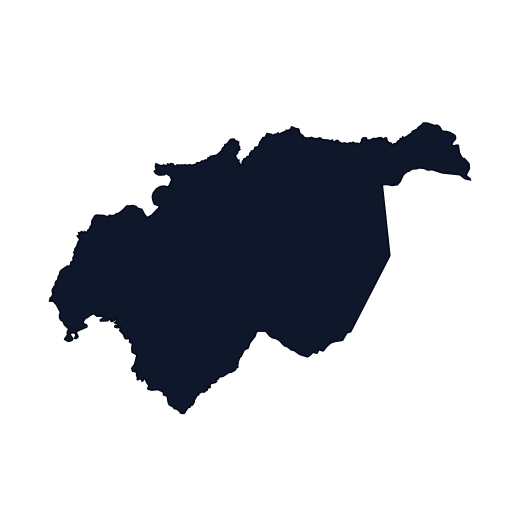 La Plata, Huila, Colombia (orthographic projection), rotated 194°
{"feature_id": "7082276B59987699383018", "entity_name": "La Plata", "entity_type": "district", "adm_level": 2, "iso_a3": "COL", "parent_name": "Colombia", "parent_adm1": "Huila", "projection": "orthographic", "projection_center": [-75.962, 2.328], "detail": "fine", "context": "isolated", "style": "filled", "palette": "ink", "viewbox_px": 512, "rotation_deg": 194, "n_neighbors": 0, "source": "geoboundaries", "source_scale": "gbopen_adm2", "svg_char_len": 6119}
<svg xmlns="http://www.w3.org/2000/svg" viewBox="0 0 512 512"><g transform="rotate(194 256 256)"><path d="M375.4,321.3L375.3,318.5L373.6,315.5L375.2,313.5L373.3,311.9L370.5,311.1L368.7,311.3L364.4,312.7L363.4,314.4L358.6,312.8L356.3,309.7L357.1,303.8L358.2,301.7L362.5,301.6L365.8,300.1L368.8,297.1L370.9,292.6L371.0,288.8L369.9,285.8L368.0,282.7L366.8,281.6L363.6,281.4L361.3,280.4L367.2,270.2L371.0,266.9L374.3,269.4L378.0,273.6L382.6,273.8L384.4,275.1L387.7,275.2L391.5,273.7L393.2,273.6L396.7,267.8L399.6,264.2L401.6,263.3L403.5,261.0L405.9,260.2L408.0,260.2L409.4,258.1L413.5,258.5L420.7,257.1L422.0,256.1L423.7,250.8L423.0,245.6L424.0,244.4L424.1,241.9L425.3,240.4L425.5,238.7L426.5,237.8L428.6,238.2L428.9,236.2L429.5,236.1L430.5,237.4L431.2,237.5L432.6,235.7L433.7,235.7L432.4,233.7L434.3,232.2L431.4,229.9L431.0,228.3L431.9,227.2L432.3,221.9L433.5,218.9L433.0,217.0L433.7,215.5L432.3,213.3L433.2,209.7L432.1,207.2L434.1,205.3L433.8,203.1L434.2,201.1L436.7,200.6L441.5,195.1L442.3,193.3L442.1,190.6L442.9,188.3L442.6,184.9L444.0,182.9L444.2,180.5L443.3,178.6L444.7,177.5L444.6,176.6L445.5,174.4L445.0,171.9L444.0,170.5L444.0,168.7L444.4,166.9L445.6,165.4L445.4,162.3L441.9,163.1L438.3,160.8L432.8,154.9L432.2,153.6L432.4,151.2L431.6,148.3L429.8,146.6L427.4,145.8L425.3,142.9L420.8,140.4L420.0,139.2L420.8,136.7L419.9,134.0L420.8,131.2L420.6,130.4L421.5,129.9L421.5,128.8L417.7,127.7L414.3,129.3L413.7,131.3L417.5,135.0L417.2,136.2L414.9,137.4L412.8,137.1L411.5,135.8L412.1,132.2L410.4,132.5L409.3,134.0L409.3,135.1L411.5,137.6L411.7,139.5L403.0,146.2L403.0,147.2L403.7,148.1L407.3,148.7L407.7,150.7L406.5,154.3L404.6,155.6L401.9,159.0L399.3,160.8L395.9,159.1L389.6,160.7L389.1,160.0L389.3,159.2L391.7,156.1L391.0,155.3L384.4,157.2L382.9,159.3L381.6,158.7L380.7,157.5L379.8,157.6L377.8,159.5L377.3,161.6L376.8,161.8L375.7,160.0L375.7,159.1L377.0,157.1L373.5,156.5L372.6,155.5L373.2,154.8L375.4,154.8L376.1,153.8L375.7,152.9L374.0,152.8L369.9,153.8L370.2,150.7L365.5,147.8L363.8,145.0L362.2,144.1L359.1,145.3L358.4,144.6L357.8,141.8L354.8,141.3L354.1,135.9L352.9,132.7L348.6,131.5L347.6,130.8L347.6,121.4L349.4,117.1L348.0,114.4L344.8,114.5L343.3,113.7L343.2,111.7L341.4,108.9L341.4,107.4L340.6,107.3L339.4,108.7L337.9,108.9L336.2,106.9L335.4,108.0L334.9,110.1L334.2,110.3L331.1,106.5L328.5,104.3L329.0,101.4L328.6,100.7L324.7,100.6L318.8,102.7L313.7,101.7L312.8,101.0L312.2,98.9L308.2,98.5L305.7,92.5L304.1,90.6L302.4,90.1L301.8,90.4L300.6,89.5L298.6,89.8L298.9,88.6L298.2,88.1L295.9,88.4L294.8,87.7L294.0,88.1L293.4,87.1L292.4,87.0L291.5,85.5L290.0,85.3L287.7,85.9L287.9,86.5L286.9,87.2L287.3,88.2L285.9,90.0L286.0,91.2L284.8,92.9L283.6,93.3L283.6,94.3L282.5,95.8L281.6,96.0L280.6,99.5L281.0,100.8L279.9,104.9L280.0,106.4L278.9,106.5L277.9,108.1L278.3,109.8L276.9,109.9L275.9,110.9L273.1,111.5L272.8,112.4L270.9,114.1L271.1,115.6L270.5,116.7L269.1,117.0L268.6,117.8L269.8,118.8L269.1,119.7L269.2,121.2L265.2,123.2L263.8,124.6L264.7,126.1L263.0,127.5L262.5,129.6L258.7,131.4L254.3,136.3L251.8,137.3L248.7,140.2L248.0,142.7L246.7,143.8L247.7,146.4L247.3,147.4L247.8,148.7L247.3,153.5L246.1,155.1L244.7,162.1L241.4,164.6L240.9,170.3L237.5,177.9L237.3,181.6L236.4,183.5L228.4,185.4L223.3,181.7L220.3,180.7L216.6,180.7L212.8,179.7L207.0,175.8L203.3,175.5L199.1,173.4L196.2,173.6L189.6,171.0L181.5,170.6L179.3,173.1L177.6,176.3L173.3,176.4L172.3,180.5L168.6,180.0L167.6,180.4L165.9,184.6L162.5,189.7L159.0,192.0L151.6,195.2L149.4,202.8L148.7,203.8L145.8,205.4L126.2,288.7L150.7,355.7L146.3,357.1L140.8,357.4L136.1,359.4L134.1,363.1L132.8,370.1L132.0,371.5L129.5,374.7L127.8,375.4L127.2,376.6L124.8,378.5L121.2,379.5L119.2,380.9L114.0,381.7L110.2,380.9L106.1,382.4L95.1,381.7L77.8,384.2L72.0,381.5L66.4,381.7L67.0,382.8L70.2,384.2L71.7,385.4L70.1,392.4L71.5,396.8L77.3,401.0L79.1,400.6L82.0,403.4L83.7,405.6L86.5,412.3L88.3,412.1L90.7,410.6L91.6,410.6L93.1,411.6L92.7,413.9L90.8,417.7L91.1,419.6L92.1,421.1L97.4,422.8L101.1,422.9L105.5,422.2L109.1,425.8L111.2,426.7L112.7,426.6L113.5,425.8L122.0,426.4L125.9,425.5L126.7,423.6L130.0,419.5L130.0,418.3L134.5,414.6L134.7,412.8L135.7,412.0L136.0,410.6L137.2,410.4L138.6,408.3L140.9,406.6L142.6,407.0L142.5,404.4L143.6,405.1L144.5,404.9L144.3,402.9L145.9,402.2L147.4,398.8L149.3,398.3L150.1,396.4L150.9,396.4L151.8,398.0L152.9,398.3L154.8,397.9L155.6,398.9L157.1,399.0L156.8,400.2L157.6,400.8L157.7,401.9L158.8,402.1L160.8,400.2L163.1,401.1L165.1,400.6L168.1,398.8L170.4,398.6L173.5,395.9L177.2,395.5L177.3,397.1L177.9,397.3L180.7,396.5L181.6,394.7L181.4,392.5L182.1,390.6L182.9,389.7L185.3,390.0L186.3,388.9L188.1,389.7L189.8,389.7L190.6,388.5L192.3,388.6L194.3,387.0L197.4,387.2L199.5,386.1L202.2,386.4L204.9,388.0L206.3,387.2L207.7,385.0L210.1,387.0L212.1,385.4L214.1,386.0L218.9,385.0L220.7,385.3L221.5,386.0L222.9,386.0L224.9,384.7L227.4,384.1L230.8,384.5L234.2,382.9L236.7,382.6L237.6,382.5L239.8,384.2L242.9,385.4L245.3,389.5L248.7,389.3L252.3,390.0L253.0,389.4L252.5,387.9L254.2,386.7L254.1,385.6L257.1,385.4L257.2,384.4L261.6,381.1L262.1,379.6L264.4,380.8L265.0,379.6L267.9,378.2L268.6,376.4L270.2,377.8L275.0,377.5L275.8,373.3L278.0,372.5L277.9,371.3L278.9,370.4L278.7,369.2L279.9,367.3L279.5,366.5L280.1,363.9L279.8,362.9L283.3,361.1L283.3,358.9L284.5,357.1L286.0,356.7L285.8,355.5L286.9,354.0L286.3,351.7L288.7,350.2L289.3,348.1L291.0,347.6L292.2,343.6L291.2,342.8L293.2,339.9L294.5,342.4L296.0,343.1L295.6,344.8L297.3,344.8L300.4,348.2L298.7,351.8L299.2,353.2L297.4,355.4L298.5,356.0L298.1,357.6L299.8,359.1L300.5,362.5L304.6,363.1L305.0,364.0L305.7,364.2L306.2,363.3L307.0,363.8L309.0,362.9L311.1,357.9L313.1,356.5L312.9,354.6L314.2,353.3L314.8,351.3L314.4,349.5L315.7,348.8L315.7,347.1L316.5,347.4L317.5,345.5L319.2,344.0L324.6,341.5L324.5,339.4L326.2,339.8L326.6,337.2L328.9,336.7L329.2,335.6L331.7,335.0L332.8,333.0L335.8,332.3L336.7,330.3L340.3,328.5L342.5,328.6L345.2,326.9L346.3,327.6L347.9,326.8L351.5,326.0L352.0,325.4L354.5,325.4L356.4,323.1L358.8,325.2L360.6,325.3L362.2,323.8L364.0,323.9L363.9,323.0L365.4,321.7L366.3,322.0L367.0,321.4L367.7,322.1L368.4,321.0L371.0,320.6L375.4,321.3Z" fill="#0f172a" stroke="#020617" stroke-width="1.5"/></g></svg>